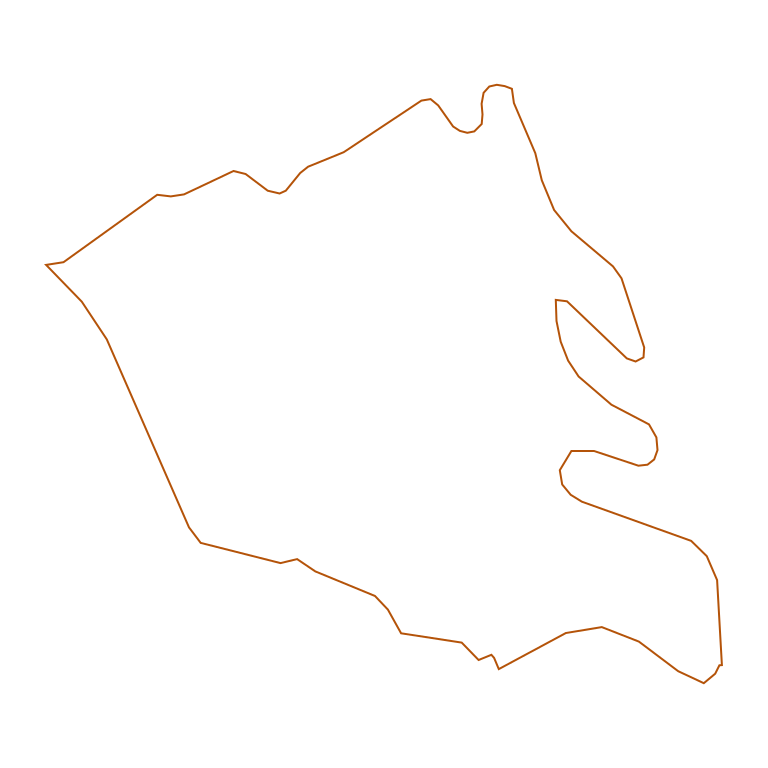 the Province of Ragusa
{"feature_id": "ITA-5415", "entity_name": "Ragusa", "entity_type": "Province", "adm_level": 1, "iso_a3": "ITA", "parent_name": "Italy", "parent_adm1": "", "projection": "equal_earth", "projection_center": [14.765, 36.912], "detail": "fine", "context": "isolated", "style": "outline", "palette": "amber", "viewbox_px": 768, "rotation_deg": 0, "n_neighbors": 0, "source": "natural_earth", "source_scale": "10m", "svg_char_len": 1138}
<svg xmlns="http://www.w3.org/2000/svg" viewBox="0 0 768 768"><path d="M721.9,665.1L719.4,665.3L715.2,673.7L703.8,683.2L678.2,671.2L638.9,641.6L601.8,627.1L565.9,633.0L498.8,669.1L494.1,657.9L491.4,654.8L478.6,660.0L461.7,642.6L401.1,633.3L387.9,609.6L375.0,596.0L315.3,571.4L297.1,559.1L280.5,563.1L200.7,542.9L189.0,527.4L106.8,339.4L81.8,301.7L46.1,264.9L63.5,262.2L157.2,194.8L170.8,196.4L184.0,194.4L233.5,171.0L245.6,174.0L267.7,190.7L279.6,193.5L285.8,190.7L300.2,173.0L308.1,166.7L343.7,152.2L421.4,100.6L430.6,99.1L438.2,105.4L453.1,126.5L459.9,130.9L467.3,132.8L474.3,131.4L481.7,124.0L482.5,114.5L481.6,103.8L483.6,92.8L489.3,86.5L496.8,84.8L504.7,86.1L511.9,88.8L513.9,103.0L535.3,153.2L541.8,180.3L554.1,210.0L571.4,231.3L613.0,266.4L621.5,278.3L644.2,347.5L643.5,357.4L635.6,361.5L626.8,358.4L567.0,301.3L555.8,299.9L556.5,321.0L560.7,341.7L568.1,360.6L578.6,376.5L611.4,404.7L649.0,424.4L656.4,437.4L657.5,450.1L654.2,459.4L647.5,464.7L638.4,465.7L594.0,451.0L571.4,451.0L559.8,470.2L562.2,484.5L570.7,494.8L581.9,501.7L691.2,540.9L706.8,556.2L717.1,580.1L721.9,665.1Z" fill="none" stroke="#b45309" stroke-width="2"/></svg>